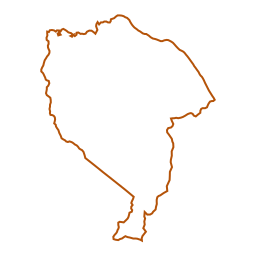 Trairi, Ceará, Brazil (Robinson projection)
{"feature_id": "56859067B38979206613098", "entity_name": "Trairi", "entity_type": "district", "adm_level": 2, "iso_a3": "BRA", "parent_name": "Brazil", "parent_adm1": "Ceará", "projection": "robinson", "projection_center": [-39.362, -3.377], "detail": "fine", "context": "isolated", "style": "outline", "palette": "amber", "viewbox_px": 256, "rotation_deg": 0, "n_neighbors": 0, "source": "geoboundaries", "source_scale": "gbopen_adm2", "svg_char_len": 3552}
<svg xmlns="http://www.w3.org/2000/svg" viewBox="0 0 256 256"><path d="M73.2,34.9L71.0,33.1L68.4,32.4L66.9,31.1L65.5,30.1L63.3,28.9L61.4,29.8L60.7,31.3L59.1,32.7L59.0,30.5L56.9,30.4L55.8,31.6L54.0,30.4L51.9,30.0L49.8,30.3L48.9,32.0L47.2,31.6L47.2,33.5L47.4,35.4L46.5,37.8L46.7,39.9L48.5,41.3L48.6,44.0L47.9,45.5L48.0,47.5L48.8,49.5L49.5,50.9L49.4,52.9L48.5,54.8L47.1,56.4L46.0,58.3L44.7,60.3L43.9,63.0L43.3,65.5L42.2,67.4L41.3,69.5L41.3,71.5L42.9,73.0L43.7,74.4L44.3,75.8L45.1,77.4L45.8,79.6L47.2,80.5L48.7,80.9L49.3,83.2L48.3,85.7L46.8,87.2L46.8,89.3L46.5,91.0L46.0,93.2L46.8,95.1L48.6,96.4L50.3,97.7L50.7,99.8L50.8,102.4L50.0,104.8L50.0,106.7L49.5,109.0L50.1,111.4L49.9,113.2L50.5,114.9L52.3,115.1L53.7,115.8L54.8,117.3L55.1,119.4L54.7,121.5L54.2,123.4L55.7,124.7L56.0,126.5L57.1,128.3L58.4,130.1L59.3,133.0L60.7,135.7L61.6,138.3L63.3,139.4L65.0,140.3L66.2,141.5L67.9,142.0L69.5,141.4L71.0,141.9L72.4,142.5L73.6,143.4L74.9,144.5L76.7,145.4L78.0,146.7L79.2,148.5L80.4,149.3L82.0,150.1L83.5,151.9L84.6,155.2L85.3,158.0L94.9,165.6L102.8,172.0L112.2,179.4L114.2,181.0L125.4,189.9L133.7,196.8L133.1,198.8L131.9,201.3L131.3,203.0L132.6,205.0L131.3,206.7L131.2,208.6L132.2,210.1L131.8,211.7L129.5,212.7L129.0,215.0L128.4,217.1L127.6,218.6L125.8,220.4L123.7,222.4L121.8,222.1L119.7,221.8L118.3,222.6L118.3,225.0L118.8,227.1L118.4,228.7L117.5,230.2L117.1,231.7L116.2,233.2L114.6,234.9L113.3,236.8L113.6,239.1L115.5,239.7L118.2,240.1L120.1,239.0L122.0,238.5L123.8,237.2L125.4,236.2L127.5,237.1L129.6,237.5L131.1,237.9L133.1,238.5L135.4,238.5L137.2,238.7L138.7,239.2L140.2,239.7L141.9,240.6L141.7,238.3L142.5,236.0L144.7,233.2L145.9,231.7L144.4,229.6L143.3,228.2L144.0,226.4L144.7,224.6L144.3,221.5L145.1,218.4L144.3,216.6L144.7,212.0L147.3,214.6L150.2,214.5L152.2,213.3L153.1,211.8L155.6,209.5L156.0,206.9L156.8,204.0L156.7,201.4L156.7,199.8L157.3,197.2L158.6,196.0L160.2,195.4L163.7,193.0L167.3,191.0L166.8,186.2L169.6,180.1L169.8,175.9L169.9,171.8L172.0,167.1L170.7,162.2L170.9,159.7L171.8,155.8L171.7,151.3L173.4,147.2L173.2,143.3L172.4,141.7L171.8,138.8L168.7,134.3L167.2,132.4L167.0,130.1L168.2,128.1L171.0,127.5L172.5,126.1L173.3,124.0L171.8,120.8L171.0,118.5L172.5,118.3L174.5,118.2L176.1,117.8L178.2,118.2L180.7,117.7L182.8,117.0L185.2,115.7L187.7,114.1L189.5,113.4L190.9,113.1L192.6,113.8L193.8,115.6L195.8,116.4L197.9,114.6L200.3,112.8L200.4,110.7L201.2,108.9L202.5,108.2L205.1,108.2L207.0,107.3L207.7,105.5L208.6,103.6L210.0,101.6L211.6,101.1L213.3,101.0L214.7,99.8L213.5,97.6L212.6,96.4L208.9,90.5L205.0,82.8L203.9,80.3L202.9,78.4L201.8,76.7L200.6,75.6L199.7,74.3L198.5,71.9L197.0,69.9L195.4,67.6L194.2,66.1L193.3,64.4L191.7,62.2L188.6,57.9L187.3,56.2L186.0,54.7L184.8,53.1L183.5,51.8L181.9,50.9L179.7,49.9L178.0,48.3L176.2,46.4L174.2,44.1L173.0,42.8L171.4,41.7L169.7,40.8L168.3,40.1L166.7,39.9L164.4,40.3L162.4,41.1L160.6,41.1L159.2,40.5L156.7,39.5L155.1,39.0L152.8,38.5L150.6,37.2L148.9,35.7L146.3,34.0L144.7,34.0L142.8,33.4L140.2,31.5L138.3,30.5L136.9,29.3L134.4,27.5L133.1,26.1L131.9,24.6L130.4,22.2L129.3,20.0L127.1,17.9L125.2,17.2L123.7,16.2L121.7,15.6L119.8,15.4L117.6,15.4L116.0,16.5L114.1,18.2L110.9,19.3L110.7,21.2L109.8,22.5L107.9,22.4L106.3,21.5L104.3,21.5L102.8,22.4L100.9,22.4L99.1,24.4L97.6,22.1L96.4,24.2L96.1,26.2L96.8,28.3L97.4,29.9L96.5,31.6L95.4,33.7L93.7,32.2L91.6,30.7L89.3,30.6L87.0,31.7L85.6,33.7L83.8,34.1L82.0,33.7L80.6,33.9L78.3,32.5L76.7,32.7L76.5,34.7L74.8,36.1L73.2,34.9ZM59.1,32.7L60.6,34.7L58.3,35.4L57.7,33.6L59.1,32.7ZM73.2,34.9L72.0,36.7L70.7,36.0L73.2,34.9Z" fill="none" stroke="#b45309" stroke-width="2"/></svg>